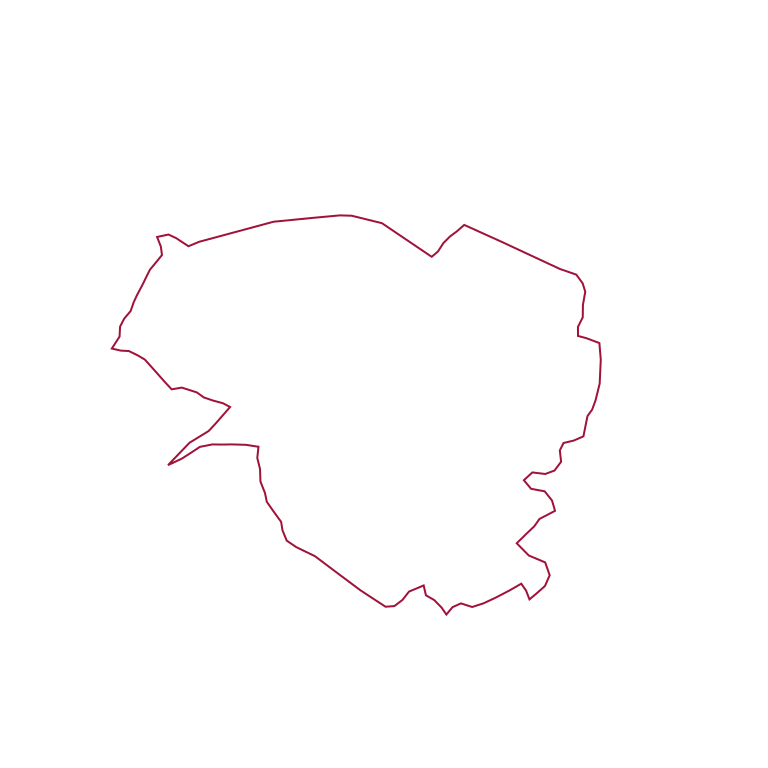 Itabaiana, Paraíba, Brazil (orthographic projection), rotated 320°
{"feature_id": "56859067B77861515751472", "entity_name": "Itabaiana", "entity_type": "district", "adm_level": 2, "iso_a3": "BRA", "parent_name": "Brazil", "parent_adm1": "Paraíba", "projection": "orthographic", "projection_center": [-35.366, -7.347], "detail": "fine", "context": "isolated", "style": "outline", "palette": "rose", "viewbox_px": 768, "rotation_deg": 320, "n_neighbors": 0, "source": "geoboundaries", "source_scale": "gbopen_adm2", "svg_char_len": 1666}
<svg xmlns="http://www.w3.org/2000/svg" viewBox="0 0 768 768"><g transform="rotate(320 384 384)"><path d="M467.4,234.3L458.5,226.4L435.7,210.6L403.7,188.7L333.7,156.2L322.8,152.8L318.5,138.6L315.0,131.0L304.7,125.5L301.4,135.3L296.8,142.5L287.4,144.3L278.1,146.0L270.5,149.3L262.9,152.7L251.8,157.2L244.8,160.5L236.9,165.2L226.8,167.0L218.7,170.4L211.9,177.7L198.3,181.9L203.8,189.2L209.7,194.7L213.9,204.1L216.5,211.6L216.9,223.4L217.4,241.9L217.9,251.6L226.8,256.8L235.2,270.1L237.4,278.6L242.4,286.8L248.3,295.3L251.3,302.7L228.5,306.2L219.5,307.3L197.3,304.0L166.4,307.3L181.1,311.2L193.5,312.8L202.5,313.8L213.6,319.9L221.5,326.7L228.3,332.2L239.0,341.7L247.5,351.4L239.4,359.2L234.4,369.4L226.6,379.4L222.8,390.9L218.5,398.9L217.4,411.5L216.6,423.5L212.2,430.8L208.8,441.5L211.9,452.5L215.7,461.0L220.4,471.4L225.5,493.5L233.4,527.1L242.0,555.6L249.2,560.8L259.4,561.3L269.7,559.1L284.9,563.8L280.3,572.8L283.6,581.8L284.4,592.1L283.6,600.7L293.0,599.0L301.9,601.5L308.2,611.5L319.3,616.0L332.4,619.5L347.3,622.8L360.8,625.2L360.0,633.7L357.0,642.5L366.8,642.5L377.5,642.2L388.0,637.0L392.8,624.3L384.7,608.5L383.3,591.3L396.6,590.3L407.7,589.6L416.4,587.3L433.5,591.1L437.8,581.3L438.1,569.5L429.3,558.8L429.3,547.6L440.8,547.1L449.7,556.6L459.0,559.9L469.7,557.4L476.0,547.9L483.6,544.6L493.0,549.3L503.1,552.3L519.2,539.4L527.0,537.4L535.4,532.6L549.5,522.3L565.7,504.7L575.3,491.1L568.5,479.0L563.5,471.9L569.3,464.9L579.1,460.7L587.2,451.3L597.5,442.7L600.9,434.5L601.6,423.8L592.7,409.0L565.7,351.1L547.7,313.7L537.6,313.9L529.5,313.4L520.2,314.2L510.4,317.2L502.3,317.2L485.8,259.5L467.4,234.3Z" fill="none" stroke="#9f1239" stroke-width="2"/></g></svg>